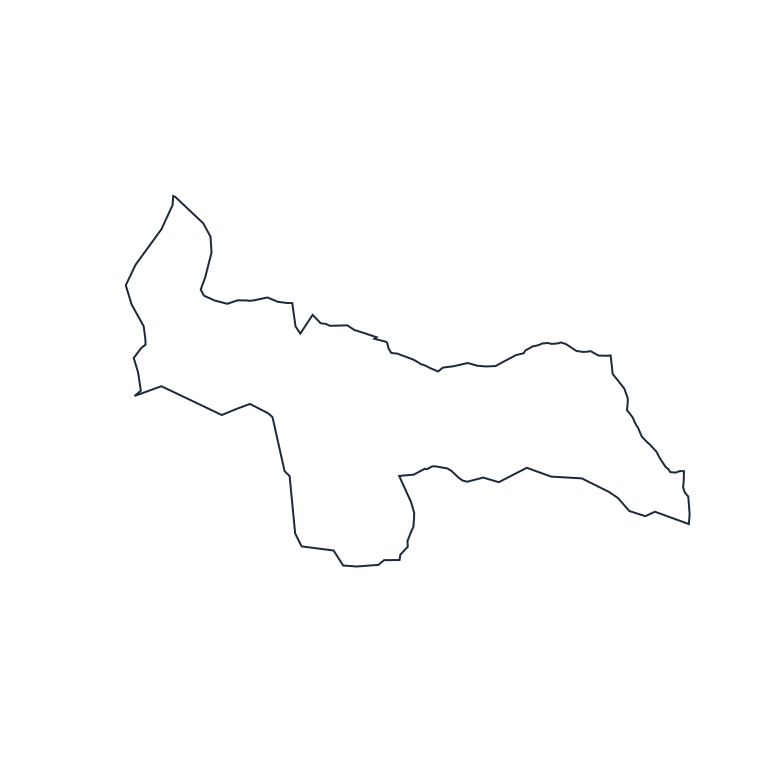 outline of Nsukka, Enugu, Nigeria, rotated 333°
{"feature_id": "59680162B36149280961759", "entity_name": "Nsukka", "entity_type": "district", "adm_level": 2, "iso_a3": "NGA", "parent_name": "Nigeria", "parent_adm1": "Enugu", "projection": "equal_earth", "projection_center": [7.435, 6.833], "detail": "fine", "context": "isolated", "style": "outline", "palette": "slate", "viewbox_px": 768, "rotation_deg": 333, "n_neighbors": 0, "source": "geoboundaries", "source_scale": "gbopen_adm2", "svg_char_len": 2254}
<svg xmlns="http://www.w3.org/2000/svg" viewBox="0 0 768 768"><g transform="rotate(333 384 384)"><path d="M398.6,338.9L383.6,323.8L382.3,322.8L378.0,315.1L362.4,307.7L361.7,306.9L361.2,306.3L359.7,304.3L355.1,301.0L351.8,290.0L332.3,301.1L331.3,292.5L339.0,270.3L334.2,267.7L326.8,262.6L319.4,254.0L306.0,250.4L301.2,248.5L300.6,247.8L291.6,243.0L280.8,241.4L271.0,232.7L263.7,223.6L263.5,216.7L272.8,208.1L290.0,188.6L296.3,174.0L296.3,173.8L295.9,158.8L282.9,122.4L281.5,120.8L276.8,128.7L274.6,130.4L256.0,145.0L216.9,164.9L214.9,166.4L201.5,176.7L198.7,178.9L195.2,198.8L196.1,223.4L191.9,235.3L189.4,240.7L184.2,241.7L172.8,247.2L170.2,261.9L164.3,279.6L156.3,281.4L184.6,284.9L225.4,338.0L240.9,339.2L255.5,340.9L267.4,357.4L269.6,362.9L255.9,416.3L256.6,419.0L257.2,420.5L258.1,423.2L237.0,476.8L236.9,491.3L263.5,509.5L265.2,527.2L277.0,534.3L296.9,542.6L304.1,541.0L317.9,547.9L321.2,543.4L331.3,539.8L333.7,534.5L337.7,531.0L341.8,527.3L345.3,524.7L348.5,519.4L349.5,517.8L352.4,512.5L354.5,501.4L355.8,472.8L369.4,478.3L381.9,478.0L383.4,479.4L389.6,479.3L392.3,480.6L402.1,488.0L404.6,491.9L408.0,501.5L410.2,505.7L413.9,508.9L429.9,512.4L441.7,523.6L473.2,523.5L490.9,542.4L517.4,557.9L535.5,582.4L540.7,591.8L544.9,608.5L556.8,620.4L567.4,620.8L592.0,647.2L597.2,638.8L604.0,622.4L602.8,617.6L603.5,611.9L606.7,607.1L611.7,597.9L608.1,595.9L603.5,595.3L599.1,592.5L598.7,589.0L597.2,585.5L596.1,575.6L596.0,567.9L593.1,557.7L592.1,555.5L589.8,547.9L590.5,538.1L590.1,535.5L590.0,531.8L590.4,526.9L589.5,521.8L588.6,517.6L593.0,510.8L594.8,507.1L596.0,496.9L592.3,478.9L598.9,461.5L595.5,460.1L588.0,456.0L583.0,448.5L578.9,447.2L575.3,445.4L570.5,441.9L568.3,438.2L566.0,434.1L564.2,431.0L560.5,427.3L558.3,427.0L556.2,426.3L551.6,424.4L548.7,421.9L543.6,419.8L539.4,419.5L535.7,418.7L533.8,418.0L529.7,418.2L525.1,418.3L523.7,419.3L522.3,420.0L514.9,418.2L500.3,418.4L491.6,418.7L482.9,414.7L475.6,410.2L468.1,403.3L453.8,399.7L445.6,396.7L443.5,396.2L441.7,396.6L437.9,397.4L431.3,389.5L429.8,387.1L427.4,384.4L426.4,383.8L422.8,377.9L420.8,375.1L418.3,372.4L415.3,369.1L411.3,364.8L409.6,362.9L407.5,361.6L404.6,359.6L404.2,354.7L405.5,348.6L405.1,347.4L395.9,339.3L398.6,338.9Z" fill="none" stroke="#1e293b" stroke-width="2"/></g></svg>